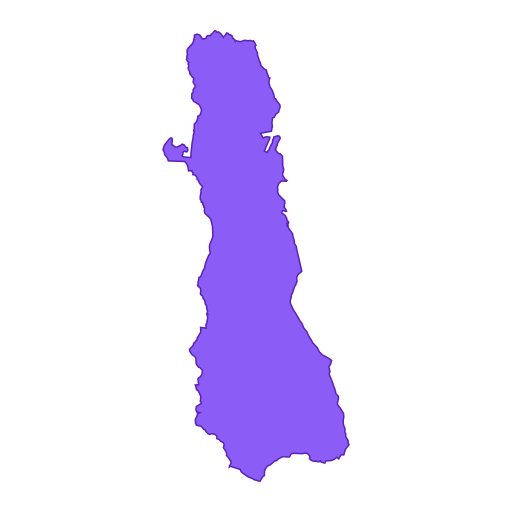 Danes, Mures, Romania
{"feature_id": "2599482B49192163126076", "entity_name": "Danes", "entity_type": "district", "adm_level": 2, "iso_a3": "ROU", "parent_name": "Romania", "parent_adm1": "Mures", "projection": "orthographic", "projection_center": [24.701, 46.182], "detail": "fine", "context": "isolated", "style": "filled", "palette": "violet", "viewbox_px": 512, "rotation_deg": 0, "n_neighbors": 0, "source": "geoboundaries", "source_scale": "gbopen_adm2", "svg_char_len": 6034}
<svg xmlns="http://www.w3.org/2000/svg" viewBox="0 0 512 512"><path d="M338.8,458.9L340.2,456.2L341.4,454.7L343.8,454.9L345.3,449.5L349.0,444.6L348.1,442.8L348.1,440.5L345.7,436.6L345.7,433.6L344.8,432.0L345.0,428.6L343.7,425.5L343.3,423.3L343.2,419.8L343.7,418.1L343.8,416.2L343.5,413.4L340.6,408.6L337.6,404.7L337.5,402.8L338.5,398.3L338.3,396.2L336.1,393.9L335.7,392.8L335.4,390.7L334.8,389.6L334.7,388.3L334.1,387.5L332.8,383.3L329.4,374.8L329.2,373.2L330.0,371.4L328.8,366.8L330.4,364.6L331.6,360.4L328.6,358.2L322.2,354.8L319.2,351.7L317.4,347.8L312.8,342.9L310.8,339.2L309.7,337.8L307.6,333.8L307.2,332.2L303.8,328.0L301.8,323.1L300.0,321.1L298.4,317.9L293.5,310.0L290.8,304.4L290.3,302.5L290.3,300.6L291.2,297.3L291.3,295.3L292.3,293.4L294.7,286.3L295.5,285.4L297.0,281.4L296.6,277.5L297.9,274.7L301.8,271.2L296.5,248.4L296.3,246.5L294.5,243.6L294.2,240.3L293.0,236.9L292.6,234.0L288.6,228.1L288.2,226.9L287.2,226.2L286.9,224.7L287.1,224.4L287.7,225.9L288.0,226.1L288.1,225.8L287.8,224.4L287.3,224.3L287.0,223.8L287.9,224.0L288.4,223.5L288.6,222.2L288.1,221.4L287.4,221.7L286.8,218.7L285.2,215.5L281.8,213.0L281.6,212.4L282.7,210.7L286.5,211.4L286.2,210.1L283.9,206.6L284.5,206.0L284.4,204.0L284.9,203.3L284.7,200.8L282.0,198.1L281.3,197.8L280.2,196.1L279.2,195.6L277.6,192.2L277.8,189.5L277.5,187.0L278.8,183.4L281.6,181.0L286.4,181.3L287.0,180.4L284.7,178.9L284.1,177.6L283.3,176.7L282.7,175.0L282.8,174.1L282.6,172.9L283.2,172.1L283.7,169.1L282.8,166.1L282.5,156.2L280.2,153.7L278.4,153.4L276.3,151.0L275.3,149.0L276.0,148.6L276.0,147.2L277.0,146.0L277.7,143.0L280.1,138.6L280.1,137.3L279.1,136.1L278.0,135.7L273.9,136.9L273.6,138.6L272.6,139.8L272.3,143.1L271.2,144.4L268.7,150.2L267.8,151.0L267.1,152.5L264.3,150.9L269.7,138.6L269.9,137.2L266.5,136.7L265.2,137.0L263.2,138.0L260.5,133.3L271.5,131.2L272.0,127.4L272.4,127.1L271.9,122.7L272.6,118.0L274.2,117.3L275.9,114.2L278.8,111.8L278.9,110.3L279.9,107.9L280.1,106.4L279.9,104.9L276.7,100.7L275.8,98.9L274.5,98.3L273.5,93.3L272.8,92.8L272.6,91.0L270.0,86.8L268.9,82.8L269.1,80.6L269.9,78.0L268.9,77.6L268.2,76.5L268.3,75.8L267.4,74.3L267.4,73.7L267.0,73.5L267.1,73.0L266.8,72.5L266.5,70.2L264.3,69.0L260.9,65.5L260.2,62.3L259.4,60.9L257.6,55.4L257.5,53.2L255.3,48.2L255.0,46.4L256.0,45.4L254.8,42.8L253.3,40.7L252.1,41.2L250.3,40.4L247.9,40.8L244.9,40.2L240.4,41.7L236.4,40.8L235.3,41.4L234.8,40.9L234.8,39.8L232.8,38.1L231.9,35.6L228.4,34.0L228.1,33.3L226.7,33.0L225.0,35.5L223.7,36.5L223.3,37.3L221.1,34.0L218.9,32.2L218.5,31.9L216.5,32.2L216.0,31.1L214.9,30.7L213.6,31.8L212.5,33.4L211.1,34.3L210.7,35.5L207.5,35.6L206.4,36.8L206.3,37.8L205.6,38.5L202.5,39.0L200.0,35.2L197.0,34.1L194.4,35.1L194.5,37.5L194.1,38.1L193.7,40.5L192.7,43.3L192.0,43.9L191.6,45.1L190.5,45.4L189.2,47.4L188.4,47.7L187.1,49.9L187.1,52.1L187.5,54.8L186.8,56.1L187.0,58.5L186.4,59.2L187.8,61.7L188.8,62.4L188.0,64.0L188.7,65.2L188.5,66.7L188.1,67.7L188.3,69.2L189.5,71.2L190.0,74.1L191.2,75.2L191.8,76.5L193.7,78.3L193.1,82.3L195.5,86.1L193.2,89.6L193.1,92.3L191.9,93.4L191.6,98.4L192.5,98.9L193.5,101.3L195.7,102.4L197.3,103.8L198.4,104.0L199.6,105.5L201.2,108.8L201.4,111.0L200.1,114.9L197.8,116.3L197.7,118.0L196.7,121.6L194.3,124.0L194.2,129.0L193.6,130.8L193.9,131.4L194.3,131.5L193.1,136.2L193.3,136.8L192.2,142.1L191.1,152.5L190.8,157.6L183.9,156.9L182.7,156.5L182.1,155.6L182.9,154.2L183.1,152.0L184.2,151.3L186.4,151.9L187.2,151.6L187.9,149.8L187.4,147.7L185.5,147.1L184.5,145.1L182.1,144.1L180.8,145.3L176.8,147.1L175.6,147.1L172.6,145.1L171.9,144.1L172.4,139.9L172.0,138.3L171.4,137.9L169.7,138.5L164.4,145.1L163.0,149.7L164.1,151.9L164.8,154.8L167.4,157.9L168.3,160.9L184.8,161.5L187.0,164.2L188.1,167.6L188.5,170.9L191.9,170.7L192.0,171.8L193.2,172.8L192.7,174.6L195.3,175.2L197.0,177.6L197.1,179.4L198.4,180.4L198.7,181.7L200.2,184.1L202.6,186.7L200.9,189.9L201.1,191.4L200.2,196.5L200.3,199.5L200.8,199.7L201.4,202.3L202.4,202.2L203.0,203.2L202.7,203.5L203.0,204.9L203.9,205.7L203.8,207.1L204.5,207.7L204.4,211.1L204.9,213.3L210.6,218.8L212.4,226.0L212.9,234.9L212.6,237.5L210.0,243.9L209.4,246.3L209.7,251.0L210.2,252.1L210.2,253.5L208.7,255.3L206.7,260.1L205.3,264.0L204.6,267.9L203.0,270.6L200.6,276.9L199.1,277.3L198.8,277.8L198.6,280.3L198.0,281.9L198.2,284.4L197.5,285.1L197.6,285.7L200.5,288.5L200.9,291.0L200.4,293.4L200.5,294.1L201.3,295.2L202.5,295.9L203.2,298.6L204.8,300.6L205.3,304.0L206.7,306.1L206.6,307.9L207.5,311.3L207.4,312.6L206.6,313.6L206.9,314.2L207.8,314.4L207.0,315.1L207.5,316.0L207.7,317.8L206.8,322.5L205.9,325.0L206.2,328.1L200.6,327.4L200.8,331.7L200.2,333.1L197.3,337.8L196.8,340.0L195.9,340.7L194.5,342.9L193.7,343.1L193.1,345.6L190.1,348.6L189.5,349.7L189.7,351.2L192.0,354.7L194.7,356.4L195.7,357.8L196.0,359.0L196.0,361.8L196.3,363.8L196.9,365.0L198.5,367.1L200.0,367.7L202.3,370.1L202.2,373.2L201.6,374.9L200.1,377.0L198.7,377.8L197.9,378.8L198.6,384.8L195.3,384.9L196.2,388.0L196.5,389.7L197.7,390.4L198.3,391.2L199.6,393.5L200.8,396.6L200.3,401.5L201.0,401.9L201.2,403.5L196.3,406.5L195.9,409.7L196.7,412.0L199.8,412.6L197.4,413.8L197.4,414.9L195.3,419.7L195.5,423.3L196.5,425.1L198.6,425.8L200.8,426.0L202.8,428.0L203.8,429.5L205.1,430.0L205.8,431.3L208.2,433.8L209.5,434.4L211.9,433.7L215.3,434.5L216.8,436.2L216.9,438.7L219.4,439.7L220.7,441.4L222.0,441.8L223.5,442.9L224.0,444.0L224.1,445.0L223.4,447.6L226.0,451.6L226.7,453.7L226.5,455.5L228.5,457.7L229.5,459.6L230.5,460.5L230.8,461.4L231.0,463.2L229.6,465.7L229.3,467.0L230.4,466.3L240.2,469.4L241.0,471.4L242.6,473.1L248.2,476.9L252.7,478.7L254.1,479.7L260.0,481.3L262.5,476.9L264.4,475.5L264.5,471.9L265.0,469.5L266.8,466.8L267.9,465.8L270.3,464.8L274.8,461.0L276.6,460.6L278.3,458.9L282.8,456.7L289.4,457.0L290.8,454.4L291.7,453.6L294.0,453.3L302.1,453.7L305.2,453.1L306.5,453.2L307.5,453.6L309.4,455.5L309.8,456.3L309.5,458.0L309.8,459.1L311.6,460.5L313.6,461.2L316.1,461.2L318.4,461.8L319.6,461.5L320.4,460.8L320.9,461.8L324.3,463.1L325.0,462.9L325.7,461.3L326.8,460.8L331.1,460.6L334.5,459.2L336.7,457.4L338.8,458.9Z" fill="#8b5cf6" stroke="#5b21b6" stroke-width="1.5"/></svg>